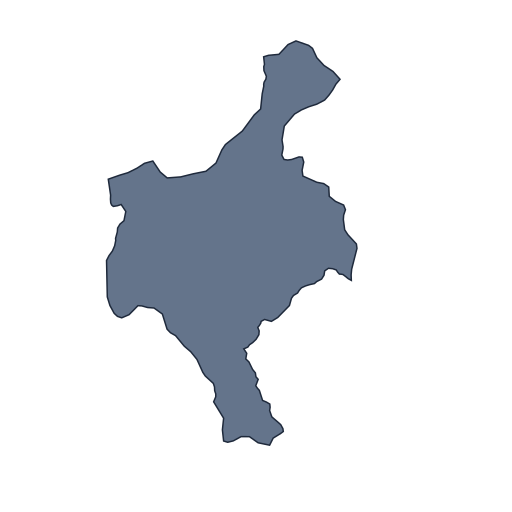 map outline of Ankara (Albers equal-area conic projection), rotated 244°
{"feature_id": "TUR-3008", "entity_name": "Ankara", "entity_type": "Province", "adm_level": 1, "iso_a3": "TUR", "parent_name": "Turkey", "parent_adm1": "", "projection": "albers", "projection_center": [32.475, 39.676], "detail": "fine", "context": "isolated", "style": "filled", "palette": "slate", "viewbox_px": 512, "rotation_deg": 244, "n_neighbors": 0, "source": "natural_earth", "source_scale": "10m", "svg_char_len": 2370}
<svg xmlns="http://www.w3.org/2000/svg" viewBox="0 0 512 512"><g transform="rotate(244 256 256)"><path d="M244.9,146.4L254.0,141.5L257.2,136.0L261.2,131.5L263.1,128.1L258.9,116.2L259.3,108.2L262.5,105.0L266.6,103.4L275.5,103.0L284.4,104.4L317.5,119.7L320.8,124.1L323.4,129.1L327.1,133.4L331.4,136.7L333.4,137.5L338.3,141.8L341.8,143.9L344.3,147.7L345.6,152.8L353.1,158.5L361.4,157.4L361.9,153.6L363.1,149.5L365.1,148.6L367.4,148.7L370.9,150.1L374.4,152.0L389.8,156.9L388.4,169.0L387.0,177.5L387.1,187.6L388.2,196.4L386.6,204.9L373.5,206.7L365.1,210.4L360.1,223.0L357.4,235.6L354.1,248.2L357.1,260.8L366.3,271.8L369.6,277.4L374.3,298.5L383.6,316.3L386.1,324.6L399.1,332.7L405.2,337.4L407.0,338.2L408.7,339.5L410.6,342.4L413.0,344.1L419.1,344.4L422.8,346.0L424.5,347.6L431.7,350.2L430.9,355.2L427.2,365.0L432.0,377.5L431.8,386.2L422.3,395.6L417.9,397.8L407.5,397.6L397.5,400.6L388.1,406.1L378.0,409.0L375.4,403.1L371.7,397.8L368.6,392.1L366.1,386.1L365.8,377.4L367.0,368.9L367.4,360.8L366.7,352.8L360.4,338.4L349.0,330.3L342.5,328.3L340.4,327.2L335.4,323.4L330.5,323.5L328.4,326.5L327.1,330.4L326.2,338.1L324.5,340.9L319.5,340.1L312.8,335.0L307.3,333.2L295.6,343.0L291.4,348.6L286.1,351.6L277.5,348.0L270.2,351.4L263.4,357.1L258.4,356.7L254.3,352.7L250.5,350.5L240.7,347.2L234.9,347.9L222.8,351.5L218.6,350.1L202.2,336.2L197.3,333.2L192.3,331.0L195.1,329.0L201.2,326.1L202.3,324.6L203.2,323.0L205.8,322.3L208.3,322.0L211.0,319.3L213.2,315.7L212.5,311.2L208.9,308.7L206.5,304.8L206.4,299.1L206.1,298.3L205.6,296.4L206.7,291.9L207.4,287.4L207.5,282.9L206.2,279.8L204.5,277.1L204.1,272.4L202.5,269.4L196.8,264.3L191.2,248.6L190.5,241.2L195.2,235.9L195.0,231.9L193.6,230.9L192.0,228.4L191.1,226.3L187.3,226.0L184.0,224.1L181.1,219.6L179.6,215.0L179.1,211.3L177.7,208.7L177.9,204.3L172.6,205.0L168.0,201.7L163.9,203.2L155.6,203.2L151.2,204.2L147.5,203.0L144.2,203.9L139.5,198.9L136.6,199.3L133.8,200.1L123.3,198.6L120.2,201.3L116.9,203.5L113.9,202.4L111.1,200.5L104.5,199.7L93.6,204.3L89.0,204.5L86.3,203.6L85.7,200.5L84.8,191.6L80.0,185.3L87.2,176.0L96.5,170.9L100.2,163.4L99.8,154.5L101.0,148.9L103.9,145.8L114.5,149.6L124.4,155.8L143.5,154.0L147.1,158.1L149.7,159.4L153.0,159.8L156.5,161.3L160.2,161.8L170.4,157.8L174.8,157.2L188.9,157.6L198.5,155.4L206.4,152.0L219.7,148.8L224.5,145.5L229.2,144.0L244.9,146.4Z" fill="#64748b" stroke="#1e293b" stroke-width="1.5"/></g></svg>